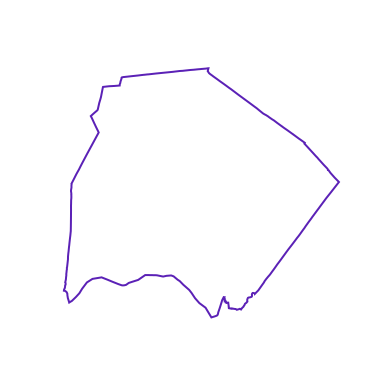 Valea Ramnicului, Buzau, Romania, rotated 168°
{"feature_id": "2599482B35359863069359", "entity_name": "Valea Ramnicului", "entity_type": "district", "adm_level": 2, "iso_a3": "ROU", "parent_name": "Romania", "parent_adm1": "Buzau", "projection": "robinson", "projection_center": [27.043, 45.336], "detail": "fine", "context": "isolated", "style": "outline", "palette": "violet", "viewbox_px": 384, "rotation_deg": 168, "n_neighbors": 0, "source": "geoboundaries", "source_scale": "gbopen_adm2", "svg_char_len": 5009}
<svg xmlns="http://www.w3.org/2000/svg" viewBox="0 0 384 384"><g transform="rotate(168 192 192)"><path d="M310.6,214.7L310.7,214.0L311.0,212.4L311.3,211.1L311.9,209.2L312.8,205.3L313.1,204.2L314.1,199.4L314.3,198.5L315.4,193.5L316.9,186.8L317.7,183.3L318.7,179.0L320.2,174.3L320.6,173.2L321.7,169.9L322.4,167.8L323.2,165.3L323.7,163.9L325.1,159.5L325.6,158.1L325.8,157.5L325.9,157.2L326.8,154.3L326.9,153.7L327.1,153.1L327.1,152.8L327.2,152.4L327.3,152.0L327.5,151.4L328.1,149.6L329.8,144.5L330.2,143.8L330.3,143.0L330.5,142.2L330.8,141.6L331.0,141.0L331.5,139.4L332.1,137.7L332.1,137.2L332.4,136.2L332.8,135.1L333.2,133.8L333.5,132.8L334.2,131.2L334.5,130.6L334.7,130.1L334.8,129.9L334.6,129.6L334.6,129.4L334.6,129.1L334.7,128.8L334.7,128.6L334.8,128.2L334.9,127.9L334.9,127.7L335.1,127.4L335.4,127.2L335.6,126.7L335.7,126.4L335.8,126.0L335.9,125.6L336.1,125.2L336.3,124.7L336.6,124.2L336.9,123.8L337.1,123.6L337.3,123.3L337.5,123.0L337.6,122.7L337.7,122.4L337.8,122.1L337.5,122.0L337.2,121.9L336.9,121.7L336.4,121.4L335.4,120.0L335.1,118.5L335.4,116.4L335.4,115.3L335.5,114.3L335.2,111.0L335.1,109.4L333.8,109.9L332.2,110.4L329.8,111.9L327.4,113.4L323.2,116.4L319.6,120.2L313.6,125.4L307.4,127.7L298.2,127.3L292.9,123.8L288.4,120.7L283.3,117.3L280.2,115.4L279.1,115.0L277.3,114.8L275.7,114.9L272.8,116.2L269.1,116.6L262.9,117.2L255.0,120.5L250.2,119.4L243.8,117.9L239.0,115.8L237.8,115.3L234.3,115.3L229.7,114.7L227.5,113.3L224.3,109.2L222.5,107.4L219.8,103.1L215.1,96.8L213.4,93.3L211.1,87.5L207.9,81.8L202.8,76.0L199.1,65.3L198.1,65.4L195.6,65.6L195.0,65.7L194.1,65.8L193.3,66.0L193.0,66.1L192.8,66.2L192.5,66.6L191.9,67.4L191.4,68.7L189.0,72.7L185.9,78.2L185.1,79.7L184.9,80.0L184.6,80.4L182.8,82.6L182.1,82.3L182.6,81.7L183.5,80.4L182.2,80.2L182.4,79.6L182.7,78.4L181.9,78.4L182.0,77.2L181.3,77.1L181.3,76.3L179.6,76.2L179.9,71.8L180.0,71.8L180.1,70.7L177.6,69.6L177.5,69.9L176.6,69.6L175.3,69.0L173.5,68.4L172.7,67.5L172.2,67.5L171.6,67.6L170.7,67.6L169.5,67.8L169.2,67.7L168.6,67.0L168.5,66.9L168.3,67.1L168.2,67.2L168.1,67.3L167.9,67.4L167.7,67.6L167.3,67.9L167.0,68.2L166.6,68.5L166.1,68.7L165.6,69.1L165.4,69.2L165.2,69.5L165.0,69.8L164.8,69.9L164.6,70.1L164.3,70.3L164.2,70.5L164.0,70.8L163.9,70.9L163.6,71.4L163.3,71.7L162.9,71.9L162.3,72.1L161.9,72.4L161.6,72.5L161.4,72.7L161.4,72.8L161.2,73.0L160.7,73.2L160.6,73.3L160.6,73.5L160.5,74.2L160.5,74.6L160.4,75.0L160.3,75.3L160.1,75.6L160.0,75.8L159.9,76.0L159.3,76.8L159.0,76.9L158.6,77.0L157.1,76.9L156.2,77.0L155.5,77.1L155.1,77.5L154.9,77.9L154.8,78.7L154.8,79.1L154.5,79.8L154.2,80.2L153.7,80.6L153.3,80.6L152.5,80.2L152.1,80.1L151.8,79.9L151.7,79.5L151.7,79.3L147.6,82.0L145.3,84.1L142.6,86.6L140.3,88.7L140.2,88.8L140.0,89.2L139.4,89.8L137.7,91.3L135.2,93.3L133.7,94.4L132.8,95.1L129.8,97.8L128.1,99.3L125.6,101.6L123.7,103.4L122.3,104.6L120.8,105.9L119.9,106.7L119.0,107.5L117.0,109.3L116.0,110.2L114.1,111.9L112.0,113.8L109.5,116.0L105.0,119.8L102.0,122.4L98.7,125.3L97.2,126.5L95.6,127.9L91.1,132.0L89.6,133.3L88.2,134.7L84.6,138.0L80.3,141.8L79.7,142.4L61.8,158.2L56.2,162.8L46.2,171.2L49.6,176.6L52.6,181.9L53.9,184.9L54.5,185.2L54.5,185.8L54.5,186.0L54.6,186.5L55.2,187.5L57.2,190.7L57.8,191.7L61.5,198.1L61.8,198.7L62.4,199.9L62.7,200.2L64.0,202.4L68.0,209.2L71.6,215.3L72.0,215.9L71.4,216.6L72.1,217.4L75.4,221.0L75.9,221.5L76.7,222.4L79.0,225.0L85.6,232.3L88.8,235.7L94.0,241.5L97.1,245.1L98.4,246.3L99.9,247.9L101.2,249.3L102.2,250.5L103.1,251.3L103.7,251.9L103.9,252.1L104.7,252.7L106.1,254.0L106.6,254.6L109.5,258.2L111.3,260.5L113.1,262.5L116.1,265.9L126.6,277.7L129.8,281.4L132.4,284.4L134.0,286.1L136.3,288.7L139.1,291.8L141.5,294.4L143.9,297.1L146.9,300.4L147.3,300.8L147.5,301.1L148.2,301.9L148.5,302.2L149.9,303.8L150.6,304.7L150.8,305.2L151.0,305.8L151.5,306.9L150.2,309.6L151.0,309.7L152.6,309.8L153.4,309.9L155.0,310.1L157.4,310.4L158.5,310.5L160.8,310.8L164.6,311.2L168.3,311.7L175.2,312.4L175.5,312.4L178.8,312.9L184.3,313.4L185.5,313.5L202.7,315.4L209.9,316.1L211.3,316.3L213.4,316.5L215.2,316.7L216.2,316.8L220.7,317.2L224.6,317.6L226.5,317.8L227.5,317.9L231.5,318.3L235.4,318.7L235.6,318.7L236.1,318.7L236.7,318.7L236.9,318.6L237.1,318.5L237.2,318.1L237.3,317.7L237.7,317.1L237.8,316.8L238.1,316.3L238.4,315.9L238.6,315.5L238.9,315.0L239.0,314.7L239.2,314.3L239.3,314.1L239.4,313.8L239.5,313.6L239.6,313.3L239.7,313.2L239.9,313.0L240.1,312.6L240.3,312.2L240.5,311.9L240.5,311.6L240.6,311.2L241.5,311.3L243.1,311.5L246.1,311.9L251.2,312.7L253.2,312.9L257.2,313.3L257.3,313.2L261.3,303.8L262.6,301.3L264.2,298.4L266.5,293.4L267.0,292.3L267.3,291.9L267.5,291.7L268.1,291.3L268.3,291.2L268.7,291.0L269.4,290.6L270.9,289.8L273.5,288.3L275.2,287.3L274.7,285.6L274.3,283.9L273.3,279.5L272.4,275.7L271.6,272.5L271.4,271.8L270.9,269.6L287.1,250.6L293.3,243.2L296.0,239.9L297.9,237.5L299.5,235.7L301.5,233.4L304.7,229.4L308.2,225.1L308.1,224.7L308.3,224.2L308.5,223.6L309.0,221.3L309.8,219.3L310.0,218.7L310.2,217.8L310.2,217.6L310.3,216.1L310.5,214.8L310.6,214.7Z" fill="none" stroke="#5b21b6" stroke-width="2"/></g></svg>